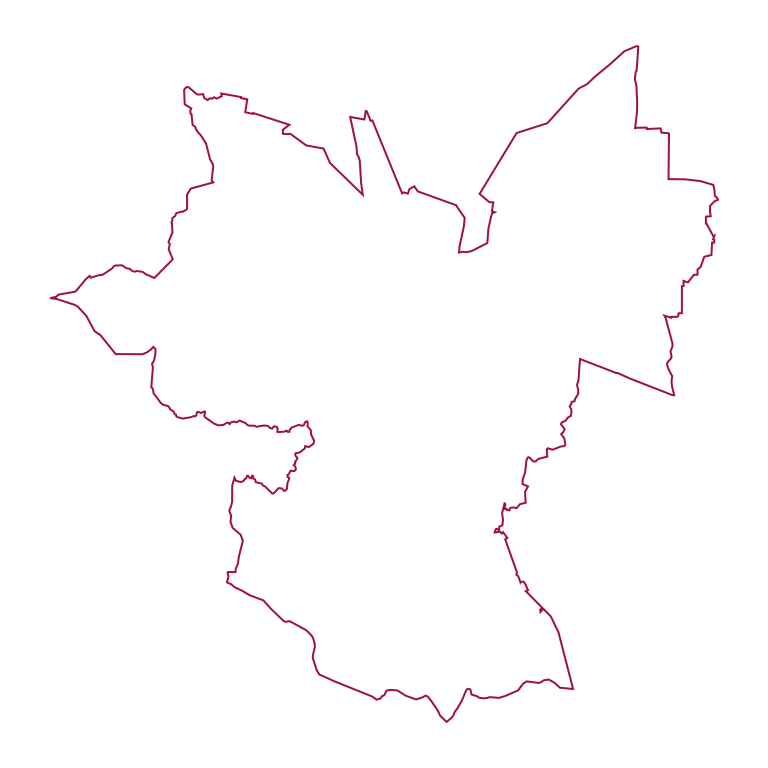 the district of Sayula, Jalisco, Mexico
{"feature_id": "50627088B35146246473930", "entity_name": "Sayula", "entity_type": "district", "adm_level": 2, "iso_a3": "MEX", "parent_name": "Mexico", "parent_adm1": "Jalisco", "projection": "robinson", "projection_center": [-103.599, 19.857], "detail": "fine", "context": "isolated", "style": "outline", "palette": "rose", "viewbox_px": 768, "rotation_deg": 0, "n_neighbors": 0, "source": "geoboundaries", "source_scale": "gbopen_adm2", "svg_char_len": 6081}
<svg xmlns="http://www.w3.org/2000/svg" viewBox="0 0 768 768"><path d="M196.7,94.2L188.7,87.3L187.2,87.0L185.6,87.8L184.1,90.0L184.7,104.3L191.3,108.4L190.3,110.4L190.5,113.6L191.5,114.1L192.6,124.9L195.3,127.0L195.8,128.9L198.6,133.1L200.8,135.2L206.0,143.3L210.1,159.4L212.7,163.9L213.3,166.5L211.6,180.2L213.3,182.4L190.8,188.6L187.0,194.8L187.1,208.6L186.5,209.6L182.8,211.8L181.9,211.5L176.3,213.2L175.2,215.9L172.4,218.1L172.3,220.2L171.4,222.6L172.0,223.6L172.5,232.4L168.5,241.9L169.8,244.0L168.7,249.4L172.8,259.3L154.3,278.0L145.7,274.1L142.6,271.9L136.8,271.0L134.4,271.7L132.0,270.8L129.8,268.8L126.3,268.2L122.0,265.3L115.7,265.5L113.9,266.1L111.7,268.8L102.5,274.8L98.5,275.3L90.8,277.7L89.7,275.9L85.8,279.2L76.3,290.7L74.7,291.8L60.2,294.3L57.8,295.0L56.5,296.7L50.1,298.1L56.6,299.0L75.1,305.0L77.9,306.8L86.3,315.8L94.6,331.2L100.5,335.2L115.7,354.1L142.5,354.2L146.5,352.6L150.9,349.6L153.2,346.9L155.5,349.0L155.4,354.0L154.0,360.7L152.0,363.8L152.9,367.2L151.3,387.2L153.0,389.0L153.5,393.2L161.0,403.2L163.1,404.8L167.8,406.0L169.2,407.2L170.0,409.2L173.5,411.5L174.7,414.1L176.1,414.7L176.2,416.1L177.2,417.0L182.7,418.6L190.5,417.3L193.8,416.1L195.5,416.2L196.4,414.9L197.0,412.1L198.9,412.0L200.6,413.0L204.7,411.4L205.2,412.0L204.3,415.5L204.8,417.0L214.0,423.6L218.7,425.4L223.4,424.9L226.8,422.8L228.2,422.7L229.6,424.1L230.8,422.4L234.1,421.6L236.4,422.3L239.7,420.6L245.8,423.2L246.8,424.6L248.7,425.6L254.8,425.8L256.4,426.8L263.6,425.5L267.4,425.8L268.8,426.5L269.8,428.0L272.2,428.5L274.0,426.3L276.0,426.6L276.9,426.9L277.7,429.2L277.3,431.8L278.6,432.1L284.7,431.6L286.6,430.6L287.8,431.9L289.5,431.8L289.7,429.9L291.8,427.5L298.7,424.9L302.6,425.8L303.7,425.2L305.1,422.2L307.1,421.3L307.8,423.3L307.5,426.2L310.9,430.4L311.0,434.2L314.1,440.8L313.5,443.8L308.9,447.0L305.1,446.2L304.8,448.4L300.9,451.6L298.5,452.8L295.8,453.1L295.3,454.2L295.5,455.8L297.2,457.6L297.3,458.6L294.9,462.4L295.2,463.6L293.8,465.2L295.3,466.5L295.9,469.4L294.6,470.9L292.7,471.2L290.8,470.5L288.7,474.2L287.4,475.2L287.6,477.0L288.7,477.3L289.2,478.6L287.4,483.4L287.0,488.8L285.2,490.6L284.3,491.0L281.7,488.4L278.6,488.1L273.8,493.3L272.3,493.6L265.2,486.6L262.9,485.5L262.0,483.7L255.9,482.2L255.1,479.5L253.5,478.8L253.0,478.0L253.3,476.2L252.3,475.7L250.9,478.3L249.5,477.7L248.0,475.7L247.1,475.8L246.1,478.4L244.5,479.3L243.8,480.8L240.9,482.1L235.9,480.7L234.5,477.6L232.2,485.7L232.1,501.9L231.0,506.6L229.2,510.5L231.1,515.7L230.5,521.8L232.6,527.8L240.6,534.7L242.9,540.7L238.9,556.5L237.9,563.8L235.7,568.9L235.5,572.1L228.1,572.0L227.5,572.7L228.3,575.0L228.3,577.4L226.9,582.3L231.2,584.3L234.9,587.4L241.9,590.6L249.6,595.2L263.4,600.4L270.9,608.7L283.8,621.2L286.1,621.8L289.5,621.1L306.4,630.3L311.4,635.3L313.1,638.2L314.6,643.3L314.8,647.5L312.8,655.5L312.8,658.0L316.6,669.9L319.3,674.5L334.4,681.3L371.9,696.4L376.5,699.6L380.3,698.6L382.4,695.9L383.5,695.7L384.8,694.4L386.1,691.3L387.2,690.4L391.2,689.9L397.5,690.5L405.9,695.8L416.1,699.4L422.0,697.6L425.6,695.6L427.8,696.6L431.3,701.0L437.9,710.7L440.2,715.8L446.6,721.9L451.5,717.9L453.7,714.7L454.7,711.9L457.2,708.7L461.9,700.5L466.2,690.3L467.5,688.8L470.4,689.4L471.5,694.5L477.1,696.3L479.3,697.8L483.1,698.3L486.2,698.2L489.6,697.1L498.9,697.9L505.4,695.9L518.1,690.4L523.2,683.6L526.7,681.4L538.6,682.9L540.1,682.7L543.6,680.4L548.5,679.5L554.2,682.5L559.9,687.7L573.1,689.0L558.5,632.4L550.8,616.4L543.3,608.8L540.5,612.0L540.2,609.6L542.5,608.1L525.8,591.1L528.0,590.2L525.8,585.1L523.8,581.8L520.6,581.7L520.4,582.2L518.2,576.1L516.3,574.6L517.0,572.5L505.2,539.3L507.3,537.9L503.1,532.2L501.7,533.6L500.2,531.7L494.7,532.5L495.7,529.3L496.7,528.8L499.0,530.1L499.3,526.7L502.3,525.3L503.0,520.1L502.1,513.2L504.7,502.6L505.3,504.9L504.8,506.5L505.0,508.8L506.5,508.8L507.0,510.0L509.5,510.3L509.8,508.6L510.7,507.7L513.7,507.5L516.6,508.2L519.9,504.2L525.7,502.7L525.0,491.9L528.0,486.4L522.5,484.1L522.8,479.0L525.1,472.5L526.5,460.0L527.5,458.1L528.1,457.3L529.3,457.3L533.1,461.4L535.7,461.4L538.1,459.0L547.3,456.6L546.8,449.3L548.0,448.3L552.6,449.7L560.7,446.5L564.3,446.1L565.4,444.5L564.3,438.5L561.2,434.1L563.3,432.0L564.7,429.1L561.0,424.4L561.4,423.0L562.6,421.9L565.3,420.9L568.4,417.1L570.9,415.9L571.5,412.1L571.2,409.0L569.7,406.4L571.3,403.9L571.7,401.8L574.5,401.3L575.2,398.7L578.2,393.9L578.3,389.6L577.0,385.2L578.5,379.8L580.0,359.0L616.2,373.0L617.6,373.0L630.3,378.7L672.1,395.0L674.2,395.2L672.1,386.7L671.5,381.7L672.2,376.1L668.7,369.6L667.1,364.9L667.4,362.5L671.1,358.3L671.6,356.5L670.5,351.3L672.4,346.6L672.5,343.7L665.7,318.1L664.4,315.7L671.1,317.7L671.2,316.9L677.3,316.9L678.3,316.1L678.5,313.3L681.9,313.2L681.9,286.2L683.6,286.0L683.5,280.9L687.9,282.4L693.9,274.8L697.5,274.7L697.5,269.6L700.8,266.7L704.2,256.8L711.4,255.0L712.1,242.5L714.2,242.5L714.3,239.7L713.1,239.3L714.4,235.6L713.3,236.2L706.3,223.3L705.9,223.4L705.9,216.6L710.7,216.3L710.0,211.4L710.1,205.8L714.6,201.3L717.9,199.8L717.5,198.5L714.8,195.6L714.4,189.5L713.3,184.9L700.4,181.1L685.1,179.3L668.5,179.1L669.0,133.9L668.5,133.2L661.4,132.6L660.6,128.4L646.7,129.0L646.7,127.6L635.3,127.8L634.9,129.2L637.0,112.4L637.2,103.4L636.4,85.7L634.9,79.4L635.4,73.6L636.0,71.3L636.6,70.9L638.3,46.8L637.3,46.1L635.5,46.5L624.3,51.3L609.7,64.5L595.1,76.5L587.3,84.0L578.5,88.7L547.4,123.2L516.6,133.0L479.6,193.9L489.3,202.1L493.3,202.4L491.9,211.3L494.7,212.2L492.1,213.4L491.2,216.1L488.4,228.7L487.3,243.1L471.5,251.1L466.6,252.2L462.2,251.8L459.0,252.6L459.6,246.2L463.9,226.1L464.7,217.9L457.0,206.8L456.4,205.3L417.8,191.4L414.2,186.3L409.4,189.1L407.9,193.6L403.7,192.4L402.1,193.4L372.4,120.5L370.7,120.9L366.7,111.2L365.7,111.0L364.4,119.5L350.2,117.0L356.5,146.5L357.0,154.0L359.0,157.8L359.8,161.1L361.1,183.0L362.8,194.8L330.0,163.0L323.6,148.6L306.2,145.4L290.3,133.8L286.9,134.2L282.9,133.7L283.0,129.6L289.4,124.8L253.1,113.0L252.9,113.9L245.2,112.2L247.3,99.3L241.1,98.1L241.2,97.1L221.2,93.5L221.8,96.1L216.7,98.6L214.1,97.3L212.2,98.7L209.8,98.3L207.6,100.1L204.1,97.9L203.2,94.2L198.3,94.6L196.7,94.2Z" fill="none" stroke="#9f1239" stroke-width="2"/></svg>